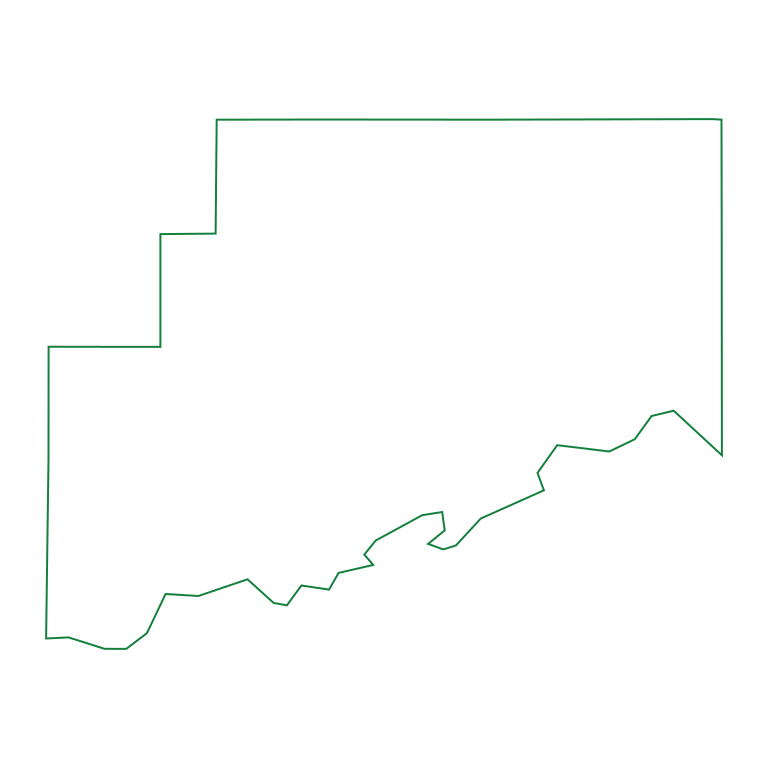 McIntosh, Oklahoma, United States of America
{"feature_id": "52423323B48474390013644", "entity_name": "McIntosh", "entity_type": "district", "adm_level": 2, "iso_a3": "USA", "parent_name": "United States of America", "parent_adm1": "Oklahoma", "projection": "mercator", "projection_center": [-95.687, 35.348], "detail": "fine", "context": "isolated", "style": "outline", "palette": "green", "viewbox_px": 768, "rotation_deg": 0, "n_neighbors": 0, "source": "geoboundaries", "source_scale": "gbopen_adm2", "svg_char_len": 673}
<svg xmlns="http://www.w3.org/2000/svg" viewBox="0 0 768 768"><path d="M48.5,459.4L46.1,638.5L68.5,637.4L104.5,648.8L126.2,648.9L146.9,633.2L165.6,594.0L198.4,596.0L247.5,579.3L273.7,603.0L286.9,605.3L301.4,585.5L329.0,589.6L338.6,572.9L373.2,564.9L364.3,554.6L375.7,540.5L422.2,515.2L442.2,512.0L444.7,530.4L428.1,543.9L443.3,549.4L455.9,545.5L480.8,518.5L543.9,490.3L537.5,472.9L557.2,445.2L609.2,451.5L634.8,439.2L651.6,416.0L673.7,410.7L721.9,455.3L721.7,228.5L721.5,119.6L712.2,119.1L482.5,119.7L426.0,119.6L386.3,119.6L332.4,119.5L216.7,119.7L215.6,233.6L160.4,234.1L160.4,346.9L70.3,346.8L48.6,346.7L48.5,459.4Z" fill="none" stroke="#15803d" stroke-width="2"/></svg>